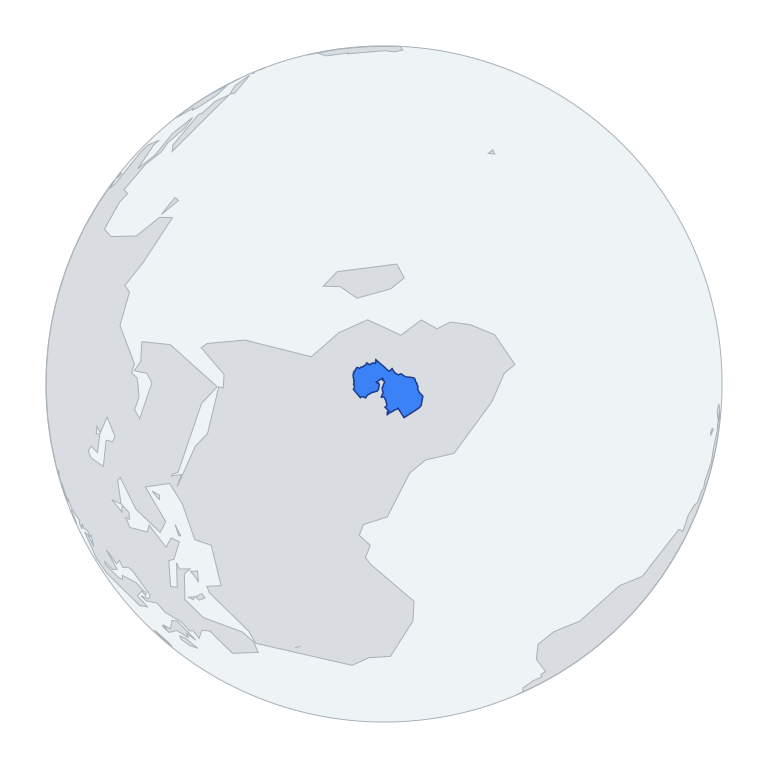 Zambia highlighted on a globe, orthographic projection, rotated 239°
{"feature_id": "ZMB", "entity_name": "Zambia", "entity_type": "country or territory", "adm_level": 0, "iso_a3": "ZMB", "parent_name": "Africa", "parent_adm1": "", "projection": "orthographic", "projection_center": [28.807, -13.118], "detail": "fine", "context": "on_globe", "style": "filled", "palette": "blue", "viewbox_px": 768, "rotation_deg": 239, "n_neighbors": 0, "source": "natural_earth", "source_scale": "50m", "svg_char_len": 9514}
<svg xmlns="http://www.w3.org/2000/svg" viewBox="0 0 768 768"><g transform="rotate(239 384 384)"><circle cx="384" cy="384" r="338" fill="#eef3f6" stroke="#a8b0b8"/><path d="M49.3,337.6L48.8,344.4L52.0,346.8L52.7,359.1L51.7,368.8L54.2,368.7L54.3,374.4L69.4,372.8L81.6,381.9L84.2,402.2L79.9,429.7L89.9,482.3L86.0,506.2L94.3,527.6L107.5,561.8L103.9,564.5L114.6,576.9L120.5,587.8L120.8,591.5L129.2,601.6L129.8,604.1L135.3,608.8L148.7,624.6L159.3,633.4L172.2,645.5L179.1,650.2L179.5,651.1L183.0,654.2L187.5,657.4L183.1,655.4L167.9,643.8L159.1,636.2L159.3,636.4L156.0,633.4L139.4,617.2L142.3,620.2L126.4,602.7L111.7,584.1L98.3,564.5L86.4,544.0L75.9,522.8L66.9,500.9L59.5,478.4L53.7,455.4L49.5,432.1L47.0,408.5L46.1,384.8L46.9,361.1L49.3,337.6ZM194.5,660.8L185.5,657.1L188.7,658.2L180.7,651.6L189.2,655.6L194.5,660.8ZM175.3,642.8L172.0,637.9L174.3,638.9L177.0,642.6L175.3,642.8ZM456.0,53.8L457.5,54.2L471.7,58.0L475.6,59.9L478.2,60.5L476.4,59.3L459.1,54.5L458.1,54.3L482.0,60.6L505.4,68.7L528.2,78.4L550.2,89.8L571.3,102.7L591.4,117.2L610.4,133.1L628.1,150.4L644.6,168.9L659.6,188.5L673.2,209.2L685.2,230.9L695.6,253.3L695.6,254.0L697.5,259.1L692.9,249.5L694.0,256.6L708.2,295.3L710.3,304.9L708.7,316.9L707.4,309.4L695.3,283.8L698.2,305.8L707.6,331.5L711.0,357.3L706.1,345.2L702.0,322.5L697.7,312.8L695.1,293.0L684.5,261.1L679.2,262.4L676.1,250.9L660.7,224.1L651.1,225.8L638.4,247.9L642.5,277.4L635.5,288.3L612.6,241.0L601.9,212.6L593.9,213.2L570.1,187.8L529.7,180.4L523.7,173.4L516.2,175.5L499.4,167.6L490.2,156.9L480.1,156.8L504.5,185.6L515.3,186.2L524.0,176.8L528.8,187.2L545.0,198.2L527.9,221.0L467.5,239.6L461.4,217.7L414.3,161.9L415.5,156.2L415.3,155.6L414.7,154.4L410.7,163.6L402.5,153.8L427.9,190.3L432.3,207.1L466.7,240.9L463.5,244.2L474.5,251.8L509.4,246.0L509.7,253.5L493.3,287.4L444.8,335.7L451.2,371.7L447.5,403.0L417.1,423.6L419.7,449.0L404.0,457.9L403.0,472.6L390.3,488.6L369.2,504.2L333.4,506.3L331.2,492.6L313.3,467.5L288.5,408.2L297.5,380.3L294.3,359.9L268.4,318.3L274.1,294.0L267.1,284.9L252.8,289.1L244.8,278.7L236.1,279.7L182.3,297.8L166.0,286.8L147.2,249.2L157.1,230.1L159.3,211.7L227.8,140.5L241.8,140.7L295.2,126.8L301.8,128.0L295.0,140.5L334.7,152.8L348.1,141.6L384.5,149.3L409.1,149.1L418.7,126.5L378.5,126.0L372.0,115.7L404.6,106.9L439.8,109.8L438.4,106.0L416.6,96.8L425.1,91.1L409.0,93.5L415.2,97.2L405.4,99.3L399.1,96.2L402.4,93.9L391.9,92.3L379.1,104.9L384.0,110.0L356.2,113.1L361.8,122.4L354.1,127.3L341.9,113.6L343.4,108.5L320.3,96.8L316.2,102.1L337.7,114.1L330.8,113.4L325.4,122.5L324.1,115.1L301.7,102.3L276.9,108.8L244.6,134.7L230.3,139.4L218.7,138.0L231.2,115.4L261.8,107.6L266.7,101.1L261.2,94.5L270.9,93.3L272.5,90.2L284.1,87.8L301.1,78.8L313.0,76.7L320.4,68.6L327.6,66.8L321.1,71.8L323.1,74.8L352.8,72.3L358.7,70.4L361.1,65.7L369.0,66.3L367.5,62.2L384.9,60.6L362.5,59.8L364.7,56.0L375.5,53.2L372.3,52.3L354.6,56.9L351.2,59.2L354.7,61.1L341.8,69.1L331.5,71.3L329.7,63.6L314.8,66.4L319.9,60.5L364.5,49.0L382.8,47.8L411.5,51.3L406.9,52.6L394.2,51.6L405.3,55.1L404.7,53.5L411.2,54.5L415.0,52.5L419.8,53.2L415.2,50.5L421.5,51.2L424.3,52.8L435.3,52.0L448.7,54.0L448.8,53.6L445.2,52.6L464.5,56.6L463.8,56.3L457.2,54.7L451.5,53.1L449.1,52.4L456.0,53.8ZM203.9,171.9L201.9,177.3L203.9,171.9ZM477.3,126.3L498.2,129.7L488.4,115.7L495.6,116.2L489.6,111.7L487.5,114.7L472.8,103.1L481.6,101.0L478.9,96.1L471.7,94.8L457.8,100.9L478.9,116.9L474.3,121.6L477.3,126.3ZM269.4,78.7L273.1,79.2L268.2,82.9L253.2,88.3L260.0,82.8L269.4,78.7ZM279.4,79.5L281.8,71.8L291.3,69.1L285.6,71.7L291.6,70.6L284.0,74.8L290.7,80.7L286.9,84.6L261.1,90.9L271.7,86.3L267.4,85.6L279.4,79.5ZM271.2,66.2L272.4,65.3L291.4,60.0L288.1,61.6L272.9,66.3L267.8,67.4L271.2,66.2ZM309.7,122.9L314.8,122.9L323.0,121.7L319.7,127.9L309.7,122.9ZM294.0,114.1L298.7,112.8L298.1,119.9L292.8,120.4L294.0,114.1ZM301.9,106.6L299.0,112.2L297.4,109.4L301.9,106.6ZM325.6,70.8L330.7,69.8L331.0,70.8L328.0,72.7L325.6,70.8ZM411.6,130.1L404.2,134.3L400.6,132.1L403.9,131.1L411.6,130.1ZM359.6,129.9L371.2,132.5L358.6,131.6L359.6,129.9ZM528.0,592.2L528.7,597.9L524.1,597.3L528.0,592.2ZM504.4,401.7L480.2,456.8L464.5,456.0L462.1,438.8L471.5,405.0L489.9,396.7L499.1,382.3L504.4,401.7ZM717.2,438.9L716.6,443.6L716.4,445.0L717.2,438.9ZM718.1,430.1L718.0,434.2L717.5,432.9L718.1,430.1ZM717.8,436.8L717.9,435.9L717.9,436.2L717.8,436.8ZM717.8,427.8L713.2,414.6L710.3,405.6L711.8,401.0L716.5,410.4L717.8,427.8ZM711.6,400.4L706.1,377.2L692.4,322.1L697.5,326.1L710.5,363.6L709.8,367.8L713.2,384.7L711.6,400.4ZM721.1,360.3L721.3,363.4L721.8,373.6L721.9,380.5L721.5,389.5L720.7,403.5L719.0,395.0L717.7,389.4L716.9,368.5L717.4,360.3L718.7,363.2L719.3,342.1L719.4,342.4L721.1,360.3ZM644.0,280.6L651.6,300.8L647.2,302.3L644.0,280.6ZM700.6,267.9L699.4,266.7L697.8,262.1L698.3,261.0L700.6,267.9ZM430.4,49.3L429.2,49.1L429.8,49.6L437.6,51.1L424.2,49.1L423.3,48.4L424.4,48.5L430.4,49.3ZM665.1,571.6L660.6,572.2L662.9,564.8L669.5,556.0L686.0,522.3L686.0,524.3L695.0,503.5L702.0,497.4L705.7,487.4L694.8,516.7L681.2,544.8L665.1,571.6ZM720.3,417.1L720.4,415.6L721.5,400.0L721.8,393.9L720.3,417.1Z" fill="#d9dde1" stroke="#a8b0b8" stroke-width="1"/><path d="M393.0,398.9L392.2,398.9L390.7,398.9L389.2,398.9L387.9,399.2L386.7,399.7L385.4,400.4L384.9,400.7L384.6,400.9L384.4,401.2L384.3,401.8L384.3,402.8L384.1,403.5L383.7,404.1L381.7,404.9L380.4,405.5L379.1,406.3L378.1,407.2L377.4,408.4L376.3,409.9L375.2,411.2L374.0,412.6L372.6,413.1L371.5,412.9L370.1,412.4L369.0,412.3L368.2,412.7L367.5,412.6L366.8,412.0L366.2,411.8L365.8,412.0L365.2,412.0L364.1,411.7L363.1,410.8L362.6,410.4L362.2,410.2L361.1,410.1L358.5,409.9L358.3,410.0L357.2,410.2L355.9,410.5L354.7,410.7L353.5,411.0L352.4,410.0L351.1,408.9L349.8,407.7L348.7,406.8L348.2,406.2L347.3,405.5L346.7,405.2L345.8,403.1L345.4,401.3L345.3,399.9L345.3,398.0L345.2,396.1L345.2,394.2L345.1,392.3L345.0,390.4L345.0,388.5L344.9,386.7L344.9,384.8L344.9,383.8L346.2,383.8L347.7,383.8L349.2,383.7L350.9,383.7L352.6,383.7L354.3,383.6L355.5,383.6L355.8,383.6L356.2,383.5L356.2,383.3L355.7,382.4L355.7,382.1L355.8,381.4L356.0,380.9L356.3,380.2L356.3,379.7L356.1,378.4L356.1,377.6L356.1,376.8L356.2,376.1L356.1,375.5L356.2,375.2L356.3,374.8L356.4,374.4L356.5,374.2L356.4,373.6L356.3,372.9L356.1,371.8L356.0,371.0L356.6,371.1L356.9,371.5L357.0,371.9L357.3,371.9L358.1,372.2L358.3,372.5L358.5,373.2L358.4,373.6L358.2,373.9L358.4,374.2L358.9,374.4L359.2,374.3L360.1,373.8L360.4,373.7L360.9,373.6L361.3,373.5L362.4,373.2L363.1,373.1L363.4,372.9L363.7,372.9L363.8,373.0L363.7,373.6L363.6,374.0L363.9,374.9L364.0,375.3L364.4,375.6L364.7,375.8L365.0,376.1L365.6,376.0L367.0,376.4L367.4,376.7L368.0,376.8L368.4,376.9L369.8,377.1L370.3,377.2L371.2,377.3L372.0,377.3L372.6,377.2L372.9,377.1L373.2,377.0L373.3,376.9L373.4,376.4L373.7,375.5L373.8,375.2L374.1,375.0L374.5,375.0L374.9,376.2L376.0,377.1L376.4,377.9L376.7,378.6L376.9,378.8L377.3,379.0L377.9,379.1L378.5,379.1L379.7,379.6L380.7,380.0L381.4,380.3L381.7,380.5L382.0,380.8L382.1,381.1L382.3,381.8L382.5,382.3L382.9,382.4L383.2,382.5L383.6,382.9L383.8,383.2L384.3,384.0L384.7,384.6L384.8,385.1L385.2,385.5L385.7,385.6L386.3,385.7L386.6,385.5L387.3,385.2L387.9,384.9L388.3,384.8L388.5,384.9L388.7,385.1L388.8,385.5L388.8,385.8L389.3,386.0L389.6,385.9L389.7,385.6L389.7,384.3L389.7,383.3L389.7,382.3L389.7,381.1L389.7,380.1L389.7,379.2L389.7,378.3L389.4,378.4L389.1,378.6L388.3,378.6L388.0,378.8L387.9,379.0L388.0,379.3L388.0,379.7L387.9,379.9L387.6,380.0L387.1,379.8L386.2,379.6L385.5,379.5L385.0,378.9L384.2,378.1L383.8,377.7L382.7,376.9L382.5,376.7L382.1,376.3L381.8,375.6L381.7,375.2L381.6,374.9L381.4,374.4L381.7,373.6L382.1,372.2L382.3,371.1L382.5,370.3L383.0,369.6L383.1,368.9L382.8,368.0L382.9,367.5L382.9,366.2L383.0,365.1L383.0,364.6L382.8,363.7L382.5,362.7L381.6,361.4L381.6,361.1L382.1,360.7L382.9,360.2L383.3,359.8L383.7,359.3L383.9,359.1L384.4,358.5L384.6,358.0L384.7,357.3L384.5,356.7L385.0,356.6L386.4,356.4L387.9,356.1L389.6,355.9L391.3,355.6L392.9,355.4L394.3,355.2L395.3,355.0L395.5,355.5L395.8,356.2L396.2,356.7L396.6,357.1L397.0,357.4L397.2,357.5L398.8,357.5L399.4,357.8L399.9,358.1L400.0,358.7L400.3,359.0L400.7,359.3L400.8,359.3L401.1,359.3L401.5,359.3L401.9,359.4L402.1,359.5L402.1,360.0L402.3,360.2L402.8,360.3L403.3,360.3L403.9,360.6L404.4,360.7L405.1,360.8L405.4,361.1L406.1,361.5L407.0,361.8L407.6,362.2L407.9,362.3L407.9,362.5L408.1,362.8L408.3,363.0L408.3,363.3L408.3,363.6L408.6,363.7L408.8,363.7L409.0,363.5L409.5,363.6L409.6,364.0L409.8,364.4L410.1,364.7L410.4,365.0L410.3,365.6L410.1,366.1L410.6,366.6L411.2,367.1L411.4,367.3L411.4,367.9L411.5,368.2L411.9,368.8L412.1,369.2L412.1,369.4L411.0,370.5L410.6,370.6L410.3,370.6L410.0,370.9L409.8,371.1L409.9,371.6L410.2,372.3L410.4,372.7L410.2,373.2L409.8,374.1L409.6,374.2L409.5,374.9L409.6,375.1L409.9,375.3L409.9,375.8L409.9,376.5L409.9,377.0L409.6,378.3L410.1,379.5L410.3,379.6L411.0,379.6L410.9,380.0L410.6,380.4L410.4,380.5L409.5,380.9L408.2,381.3L408.0,381.7L407.8,382.3L407.9,382.7L408.1,382.9L408.0,383.4L407.9,384.0L407.9,384.4L407.9,384.8L407.7,385.0L407.5,385.6L407.2,386.2L407.0,386.5L406.6,386.7L406.1,387.0L406.7,387.4L406.8,387.5L406.8,387.8L406.7,388.0L406.9,388.2L407.2,388.3L407.5,388.7L407.8,389.3L407.9,389.5L408.0,389.5L408.6,389.2L408.8,389.1L409.1,389.5L407.9,389.9L407.2,390.1L405.4,390.7L403.8,391.2L403.4,391.3L402.5,391.6L402.1,391.8L400.7,392.2L400.1,392.5L399.6,392.7L398.4,393.0L397.3,393.4L396.0,393.7L394.6,394.1L393.9,394.3L393.3,394.6L392.1,395.1L392.1,395.5L392.2,396.2L392.5,396.8L392.8,397.2L392.9,398.1L393.0,398.9Z" fill="#3b82f6" stroke="#1e3a8a" stroke-width="1.5"/></g></svg>